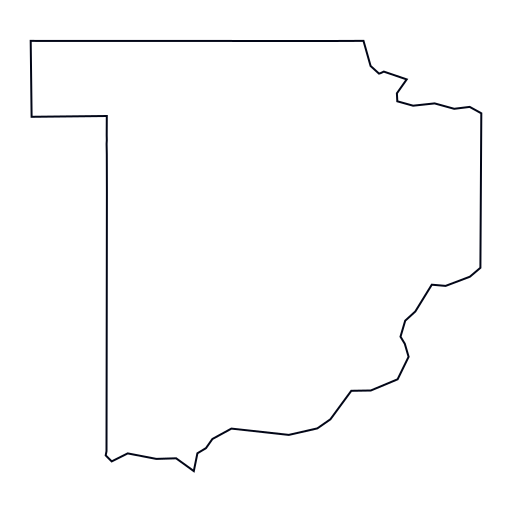 outline of Sauk, Wisconsin, United States of America
{"feature_id": "52423323B28782339926700", "entity_name": "Sauk", "entity_type": "district", "adm_level": 2, "iso_a3": "USA", "parent_name": "United States of America", "parent_adm1": "Wisconsin", "projection": "mercator", "projection_center": [-89.906, 43.394], "detail": "fine", "context": "isolated", "style": "outline", "palette": "ink", "viewbox_px": 512, "rotation_deg": 0, "n_neighbors": 0, "source": "geoboundaries", "source_scale": "gbopen_adm2", "svg_char_len": 736}
<svg xmlns="http://www.w3.org/2000/svg" viewBox="0 0 512 512"><path d="M30.7,40.9L31.6,116.8L106.8,116.0L106.7,135.3L106.8,140.1L106.6,143.8L106.8,154.2L106.9,192.3L106.8,268.3L106.5,451.2L105.7,455.4L111.7,461.4L127.7,453.4L156.3,458.9L176.1,458.3L193.8,471.1L197.4,453.3L206.0,448.1L212.4,439.0L231.4,428.6L288.8,434.9L317.3,428.4L330.4,419.3L351.3,390.8L370.8,390.5L397.6,379.3L408.6,356.8L404.8,343.8L400.5,336.7L405.2,320.7L415.3,311.5L431.8,284.7L445.6,285.9L469.9,276.7L480.4,267.8L481.3,113.3L469.7,106.9L454.2,108.8L434.6,103.4L413.1,105.7L397.3,101.3L396.9,93.3L406.7,79.4L383.8,71.6L380.7,73.1L379.0,73.6L370.6,66.0L363.5,40.9L360.9,40.9L354.7,40.9L330.6,41.0L30.7,40.9Z" fill="none" stroke="#020617" stroke-width="2"/></svg>